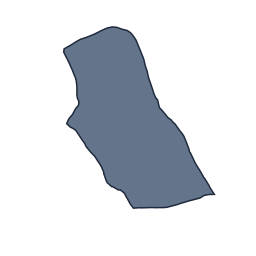 Gee, Grand Kru, Liberia (Mercator projection), rotated 330°
{"feature_id": "62588387B93003043713282", "entity_name": "Gee", "entity_type": "district", "adm_level": 2, "iso_a3": "LBR", "parent_name": "Liberia", "parent_adm1": "Grand Kru", "projection": "mercator", "projection_center": [-8.155, 4.936], "detail": "fine", "context": "isolated", "style": "filled", "palette": "slate", "viewbox_px": 256, "rotation_deg": 330, "n_neighbors": 0, "source": "geoboundaries", "source_scale": "gbopen_adm2", "svg_char_len": 1498}
<svg xmlns="http://www.w3.org/2000/svg" viewBox="0 0 256 256"><g transform="rotate(330 128 128)"><path d="M167.7,118.3L167.2,116.2L167.4,112.2L168.7,106.4L170.2,98.8L170.9,95.0L171.4,93.3L173.0,88.2L174.1,82.7L176.1,76.1L177.2,68.6L178.2,60.9L178.9,55.8L178.5,50.2L177.7,46.5L176.1,43.2L172.1,39.3L168.6,35.2L167.6,34.5L165.0,32.6L159.9,31.0L154.6,30.4L145.9,29.9L139.2,29.0L135.6,28.4L131.4,27.4L126.4,27.3L119.6,27.6L112.3,27.5L110.3,30.0L110.0,34.5L109.8,39.3L108.7,50.3L108.4,52.0L107.7,57.3L107.0,60.6L104.7,66.1L102.4,70.2L100.6,73.2L99.2,76.4L98.9,78.6L98.6,80.8L96.3,83.7L93.1,84.7L90.4,86.2L86.8,88.5L84.1,89.4L81.0,90.7L77.7,93.1L77.1,93.6L78.4,98.2L80.2,101.0L80.9,102.3L81.6,104.1L82.1,111.2L82.1,112.9L82.8,120.2L82.4,122.8L83.5,129.8L83.9,131.4L85.1,136.2L85.2,139.9L85.6,145.9L85.6,147.4L85.0,153.8L84.2,155.5L83.5,159.1L82.9,162.1L82.7,163.9L82.7,165.1L84.5,170.5L85.4,171.2L88.7,176.9L90.4,177.9L92.5,183.2L92.1,184.8L92.1,191.5L91.9,194.5L92.6,200.1L98.5,203.0L99.6,203.8L109.1,208.9L111.2,210.3L120.5,215.5L122.7,216.3L132.9,219.1L134.5,219.3L144.4,221.6L146.4,222.2L155.1,224.6L157.2,224.5L160.4,224.5L165.4,226.3L169.6,228.7L169.2,220.9L169.4,218.3L169.2,210.5L168.9,208.5L169.0,201.5L168.9,199.0L168.7,192.1L168.8,190.9L169.6,180.8L169.4,179.1L170.3,176.5L171.2,171.1L171.6,168.3L172.3,162.5L171.9,158.6L171.5,156.3L170.7,147.8L169.8,145.2L169.4,142.5L167.7,138.7L167.4,136.0L166.0,128.3L165.4,125.9L167.7,118.3Z" fill="#64748b" stroke="#1e293b" stroke-width="1.5"/></g></svg>